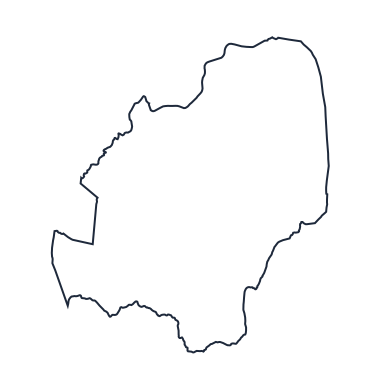 Honey, Puebla, Mexico (Equal Earth projection), rotated 184°
{"feature_id": "50627088B33032017587256", "entity_name": "Honey", "entity_type": "district", "adm_level": 2, "iso_a3": "MEX", "parent_name": "Mexico", "parent_adm1": "Puebla", "projection": "equal_earth", "projection_center": [-98.229, 20.26], "detail": "fine", "context": "isolated", "style": "outline", "palette": "slate", "viewbox_px": 384, "rotation_deg": 184, "n_neighbors": 0, "source": "geoboundaries", "source_scale": "gbopen_adm2", "svg_char_len": 5921}
<svg xmlns="http://www.w3.org/2000/svg" viewBox="0 0 384 384"><g transform="rotate(184 192 192)"><path d="M122.7,351.9L125.0,350.4L126.3,350.0L126.9,349.3L127.3,348.4L130.1,348.0L140.0,341.5L141.5,340.8L143.1,340.7L147.8,340.6L150.3,340.7L152.7,340.8L159.9,342.2L163.3,342.6L165.2,342.3L166.6,341.3L167.7,340.1L168.7,338.1L169.1,336.5L169.2,335.6L169.3,332.8L169.7,331.1L170.7,329.4L172.0,328.0L183.9,323.3L185.8,322.4L187.1,321.2L188.2,318.9L188.2,318.1L188.1,316.1L187.8,315.3L187.5,313.4L187.4,311.4L187.8,309.6L188.7,307.7L189.2,306.7L189.6,303.6L189.6,301.8L188.7,296.0L188.9,294.3L189.3,292.8L190.4,291.1L193.2,287.7L194.0,286.3L198.7,281.0L200.2,279.6L202.1,277.1L203.2,276.2L204.4,275.4L205.9,275.1L210.8,276.6L212.7,276.9L214.6,276.8L217.4,276.5L222.5,276.2L225.0,275.8L226.8,275.4L229.5,273.8L234.8,270.4L235.8,270.0L236.5,269.9L237.4,270.0L238.1,270.5L238.8,270.7L241.1,276.1L241.1,276.5L240.9,277.4L241.4,277.5L241.9,277.8L243.0,278.8L243.7,279.4L244.0,279.8L244.1,280.4L245.3,283.5L246.3,284.1L246.9,284.2L247.5,283.7L249.4,280.4L251.7,277.5L252.0,277.3L253.7,276.8L255.0,276.3L255.6,275.6L255.7,275.1L258.3,269.1L259.1,267.9L260.0,265.5L260.0,264.9L259.7,262.3L259.1,259.9L258.3,259.3L257.5,258.3L256.5,254.0L256.3,253.2L256.5,251.4L256.8,249.9L257.1,249.1L257.7,248.3L260.0,246.8L261.7,246.8L262.8,246.4L263.3,246.0L264.0,244.5L264.8,243.9L265.2,243.7L266.9,244.4L267.5,244.9L268.9,245.3L269.3,245.3L269.5,244.9L269.1,243.6L269.2,241.4L269.9,239.5L270.8,239.6L272.4,240.6L272.9,240.5L273.2,239.8L273.3,239.3L273.4,238.9L274.1,238.3L274.4,237.6L274.5,237.2L274.5,236.5L274.6,235.4L275.3,233.2L276.7,231.4L279.4,230.2L280.4,229.3L282.1,228.4L282.7,227.9L283.1,227.2L283.0,226.7L282.6,226.4L280.8,225.7L280.7,225.4L280.8,225.2L282.2,224.7L282.5,224.4L282.7,223.9L282.6,223.6L282.3,223.1L282.3,222.7L282.6,222.3L284.0,221.8L284.3,221.5L284.6,220.9L285.6,220.3L286.4,219.6L287.0,218.4L287.2,217.2L287.5,216.2L287.4,214.0L287.9,213.2L288.7,212.7L289.8,212.5L292.5,212.7L294.5,212.1L294.7,211.7L294.8,210.4L295.9,208.0L296.6,207.0L297.9,206.2L298.0,205.6L297.8,204.6L297.9,204.0L298.6,203.6L299.1,203.2L299.5,202.9L300.5,203.0L300.9,202.7L301.1,201.9L301.2,201.1L300.7,199.9L301.1,199.2L301.7,198.5L302.4,198.0L303.2,198.0L303.5,198.3L303.7,192.7L285.8,179.7L286.4,178.6L286.5,177.9L286.4,177.1L286.2,176.4L286.1,175.7L286.3,174.6L286.6,173.3L287.4,133.0L307.7,136.0L309.0,136.5L312.5,138.3L317.4,141.6L317.9,141.2L318.6,141.1L319.5,141.2L320.8,142.1L321.6,142.0L322.2,142.2L322.8,142.6L323.2,143.0L323.4,143.6L324.1,143.9L326.4,143.4L326.8,137.1L327.2,134.1L327.7,126.7L327.6,121.4L327.1,117.8L326.5,116.3L326.3,115.0L326.3,111.2L322.9,104.2L308.0,69.8L307.7,71.8L307.5,75.1L307.0,76.6L305.9,78.3L304.9,79.3L303.1,79.7L302.1,80.0L300.9,79.9L299.9,80.0L298.9,80.3L296.8,81.2L296.1,81.1L295.6,80.7L294.9,78.9L294.4,78.5L291.5,78.4L290.5,78.0L289.4,78.0L287.9,78.4L286.9,78.9L285.9,78.7L283.8,77.1L283.0,76.9L281.8,77.0L280.9,76.7L278.9,74.9L276.3,72.2L272.1,68.5L271.4,67.6L269.0,66.6L267.7,65.5L266.9,64.0L266.0,62.6L265.3,61.9L264.8,61.9L264.2,62.3L263.6,63.2L262.8,63.9L260.1,64.0L258.8,64.5L258.1,65.3L256.2,68.9L255.7,70.4L255.4,71.7L254.6,72.2L252.9,71.7L251.4,72.1L249.6,72.7L248.3,73.8L247.2,75.0L246.0,75.2L244.5,75.0L243.1,76.1L242.0,77.5L240.7,78.8L239.6,79.0L238.9,78.7L238.4,77.4L237.6,75.7L236.8,74.9L235.4,74.1L234.2,73.9L231.9,75.0L230.9,74.8L230.1,74.1L229.3,73.6L228.3,73.7L227.5,73.2L226.2,73.2L224.9,72.5L223.8,71.5L222.7,70.8L221.8,70.4L220.1,69.9L219.4,69.4L218.9,68.3L218.2,67.3L217.6,67.0L217.4,66.5L216.0,65.9L215.4,66.0L214.6,66.7L213.3,67.4L211.2,67.8L210.2,67.7L209.3,67.2L208.5,67.1L207.9,67.5L207.4,68.1L206.5,68.1L204.3,67.5L203.9,67.0L203.5,66.3L202.7,65.5L202.3,65.3L201.5,65.4L200.7,65.3L200.2,64.8L199.9,63.9L199.6,63.4L197.8,62.6L197.0,61.9L196.6,61.0L196.4,60.0L196.5,59.0L196.9,58.2L196.9,57.3L195.7,52.7L195.4,49.0L195.2,48.1L195.2,46.8L194.9,46.1L194.2,45.5L193.4,45.5L191.9,46.2L191.0,45.2L190.1,43.2L189.2,42.3L188.9,41.5L188.7,39.2L188.1,38.5L187.1,36.8L185.7,36.4L185.5,35.9L185.5,34.6L185.4,33.4L184.8,32.8L181.4,32.7L180.0,32.1L179.1,32.1L176.3,33.8L172.7,33.8L171.5,34.1L170.5,34.0L169.5,33.6L169.0,34.1L169.0,34.7L168.6,35.3L167.6,35.6L167.2,36.0L167.0,37.1L166.6,38.0L164.1,40.1L162.8,41.5L161.4,41.9L157.8,44.1L155.9,43.8L154.4,44.3L153.3,44.3L150.4,43.5L146.7,41.9L145.6,41.6L143.4,41.7L142.6,42.3L142.2,43.3L141.2,43.7L139.8,43.8L138.0,43.6L137.3,43.8L136.6,44.7L135.4,46.6L133.8,48.3L132.9,50.1L131.7,51.3L131.0,52.5L130.0,53.3L128.9,53.6L128.5,55.1L128.4,57.6L128.6,60.7L129.8,64.0L129.8,67.1L130.2,70.5L131.3,74.8L132.5,77.9L132.6,79.0L132.8,83.5L132.7,86.1L132.7,90.8L132.6,95.1L132.5,96.4L131.7,98.7L131.1,99.7L130.4,100.4L129.3,101.0L127.9,101.1L127.0,100.9L125.9,101.1L125.0,101.1L124.7,100.6L124.4,100.4L123.4,100.4L122.1,99.4L121.7,99.4L121.4,99.6L120.9,100.2L120.8,101.2L120.4,101.3L120.2,101.6L120.1,103.0L119.5,103.7L119.2,104.4L118.9,105.0L117.9,108.1L117.8,109.4L117.4,110.7L115.8,112.6L115.9,113.2L115.0,114.9L114.3,116.4L112.5,122.8L112.4,125.3L112.0,127.8L111.2,129.3L110.5,131.3L108.2,135.2L107.7,137.7L107.1,139.0L105.9,142.9L105.4,143.5L104.2,145.4L102.8,147.5L101.5,148.5L97.9,150.3L91.4,152.5L90.9,153.8L90.7,154.7L90.0,155.9L89.3,156.0L88.7,156.7L88.5,157.3L88.4,157.9L88.2,158.4L86.8,158.8L85.8,158.7L84.8,158.9L83.2,159.3L82.5,160.1L82.7,160.9L82.0,162.4L81.7,165.0L81.9,166.3L81.9,167.6L81.2,168.3L80.8,169.7L79.6,169.8L79.0,169.1L77.9,168.4L76.4,167.8L75.1,167.9L67.2,169.5L64.1,173.3L61.5,176.2L60.9,177.4L57.7,180.6L56.8,181.6L56.7,185.9L56.3,189.2L56.6,190.8L56.8,194.1L56.9,199.2L57.9,199.6L58.3,202.9L58.5,206.1L58.3,212.9L57.4,227.5L58.4,234.4L58.9,240.0L61.1,254.6L64.0,277.1L65.0,286.0L68.3,299.1L71.5,316.0L74.7,325.2L77.9,333.1L81.1,337.4L82.1,339.3L83.3,340.9L87.5,344.4L90.9,346.9L93.9,349.9L105.9,350.8L116.8,351.9L117.2,351.3L118.9,350.3L121.9,351.3L122.7,351.9Z" fill="none" stroke="#1e293b" stroke-width="2"/></g></svg>